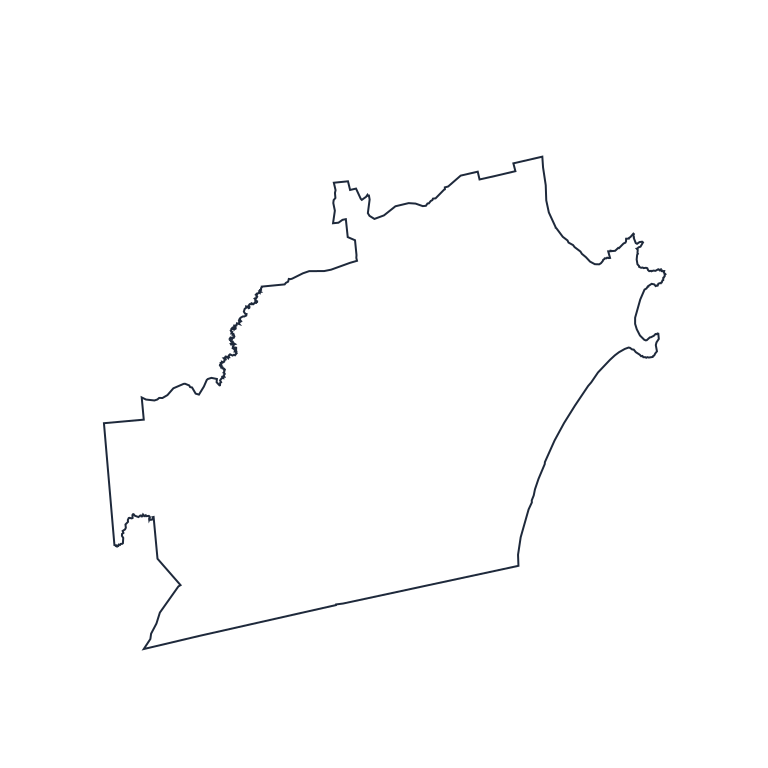 outline of Glenelg, Victoria, Australia, rotated 257°
{"feature_id": "25037944B68247262621131", "entity_name": "Glenelg", "entity_type": "district", "adm_level": 2, "iso_a3": "AUS", "parent_name": "Australia", "parent_adm1": "Victoria", "projection": "mercator", "projection_center": [141.502, -37.891], "detail": "fine", "context": "isolated", "style": "outline", "palette": "slate", "viewbox_px": 768, "rotation_deg": 257, "n_neighbors": 0, "source": "geoboundaries", "source_scale": "gbopen_adm2", "svg_char_len": 6135}
<svg xmlns="http://www.w3.org/2000/svg" viewBox="0 0 768 768"><g transform="rotate(257 384 384)"><path d="M408.8,102.3L287.7,85.1L287.1,86.5L286.4,86.3L285.8,87.1L286.7,87.5L286.0,88.7L287.2,89.5L286.6,90.6L287.4,91.5L287.2,93.1L287.6,93.8L292.7,95.3L295.0,94.5L296.8,95.0L297.5,96.6L299.6,96.3L300.6,99.0L302.0,100.1L305.3,100.5L307.3,103.6L309.1,103.8L310.8,105.1L310.9,105.7L309.8,108.0L310.0,108.9L312.9,109.4L313.6,110.2L313.5,110.7L311.7,111.6L309.6,114.8L310.7,117.0L310.3,118.3L309.5,118.1L309.4,118.9L311.0,119.9L309.2,120.9L309.7,122.3L308.7,122.5L308.4,125.2L307.8,125.6L307.3,124.5L307.4,125.6L306.3,125.8L305.5,124.8L304.5,124.7L304.9,125.0L304.1,126.1L304.1,127.7L305.7,128.8L306.3,128.6L306.3,129.6L264.7,124.0L233.8,140.5L233.0,138.1L211.7,114.2L201.8,108.4L193.1,100.9L188.1,99.0L179.8,90.3L180.1,147.2L179.4,287.5L180.0,287.7L179.3,294.7L176.6,474.1L187.5,476.2L203.9,482.7L229.3,496.7L235.3,501.4L237.4,501.8L241.7,504.8L247.4,507.4L256.8,513.2L269.8,522.6L271.7,523.2L290.6,537.5L305.5,550.7L320.0,565.2L336.2,582.5L338.9,586.2L347.1,595.1L356.7,609.6L360.0,615.4L362.1,620.1L364.0,626.5L364.5,630.5L363.9,631.8L361.9,633.5L361.3,635.1L358.4,636.5L355.0,639.8L353.2,640.8L353.2,642.1L351.8,642.7L351.3,644.7L350.6,645.4L350.9,646.6L350.2,648.0L349.9,651.9L350.7,652.5L351.0,653.7L352.8,655.2L354.4,657.3L360.8,657.6L363.3,658.9L366.1,661.9L371.3,662.6L371.7,661.8L371.2,660.9L371.6,659.8L370.3,657.8L369.5,654.6L369.6,653.5L367.6,649.9L367.6,648.9L368.6,647.5L373.7,644.3L380.5,642.6L386.1,642.2L392.1,643.6L408.7,652.7L417.4,659.1L418.0,661.2L419.2,662.4L419.4,663.3L419.9,663.3L421.4,667.3L420.2,669.8L418.3,670.7L418.6,672.0L418.3,672.2L418.3,672.8L420.0,673.9L420.2,675.4L419.9,676.4L420.4,676.7L420.5,677.5L422.3,678.6L422.4,679.4L424.7,680.0L425.0,680.5L424.7,680.5L426.1,681.9L427.2,681.9L427.7,682.9L429.6,681.7L431.0,682.4L431.5,680.1L432.3,680.1L432.3,679.5L433.1,679.4L433.0,679.0L433.4,679.2L433.3,677.7L434.1,677.0L433.2,674.0L433.9,672.0L433.7,669.9L434.2,669.6L434.3,667.8L435.6,666.9L437.6,666.6L438.3,665.4L438.5,663.1L439.3,662.2L439.4,660.7L440.8,658.9L441.7,659.0L443.6,657.9L448.5,658.2L452.9,659.7L453.8,660.7L454.5,660.4L457.6,661.4L459.0,660.7L459.0,661.4L459.9,662.8L460.1,664.8L463.7,668.2L464.6,667.5L464.8,664.9L463.7,662.1L464.7,661.0L470.3,660.2L470.8,660.6L472.9,660.4L473.8,661.2L474.4,660.8L471.7,657.1L471.3,655.7L470.6,655.3L471.1,652.6L468.5,651.9L467.4,651.0L467.0,649.0L463.5,643.5L463.8,643.1L464.3,643.5L461.8,639.2L462.1,636.7L463.3,633.8L462.2,635.8L462.8,632.3L456.0,632.6L456.1,631.4L456.9,629.8L456.4,628.9L456.8,627.3L456.1,626.7L455.7,625.5L454.6,624.8L452.9,622.6L452.2,620.6L453.3,616.4L456.9,612.3L462.1,609.3L466.3,606.1L468.9,605.2L474.5,600.5L476.8,599.5L480.3,595.6L482.6,595.1L487.2,591.3L497.0,587.0L498.2,585.9L497.7,586.6L514.1,583.2L526.4,583.4L541.3,586.3L559.3,587.7L569.9,589.4L569.9,559.7L561.8,559.9L561.7,539.6L561.8,523.1L569.8,523.1L569.8,505.6L562.0,490.9L561.9,487.5L560.0,487.1L559.8,486.2L553.3,476.0L553.6,473.4L552.3,472.5L551.8,470.7L549.9,468.3L550.1,467.0L548.2,464.9L548.6,461.8L552.7,455.3L554.7,448.7L554.6,435.1L548.3,421.9L547.0,411.8L551.1,407.7L554.1,406.7L567.0,411.5L570.9,411.7L570.9,410.9L572.1,410.5L570.4,408.6L568.4,403.8L569.7,403.0L580.7,400.7L580.7,394.6L589.6,394.5L591.4,380.4L583.7,380.4L581.2,379.2L576.2,378.5L574.5,376.3L571.7,375.3L563.9,375.1L552.1,370.5L551.4,375.9L553.3,380.5L553.2,383.9L535.3,381.7L530.6,388.1L515.8,386.2L513.1,385.4L510.1,385.4L509.7,378.1L507.3,358.2L507.5,351.1L510.8,336.5L510.1,329.9L507.3,318.2L507.2,316.5L507.8,314.9L505.3,313.6L504.6,311.1L503.4,309.6L506.4,286.8L505.7,286.7L505.0,285.7L503.4,285.4L503.5,284.5L503.0,284.5L502.7,283.6L501.4,284.7L501.4,283.6L500.6,283.4L501.3,282.6L500.2,280.8L500.6,280.3L499.8,279.2L499.0,280.0L498.1,279.5L497.5,280.0L495.8,278.3L496.5,277.7L496.3,277.2L495.6,277.7L494.4,277.4L493.1,279.0L492.5,278.8L492.6,278.1L491.8,277.7L492.0,276.7L492.5,276.5L491.1,274.7L491.4,273.5L492.0,273.7L492.5,273.0L491.7,272.1L492.0,271.1L490.6,269.5L489.3,270.3L488.4,269.8L488.3,269.2L489.7,268.4L489.8,267.9L490.2,268.0L490.6,267.1L489.3,266.9L488.6,265.2L486.0,263.7L483.6,264.6L483.1,265.8L481.7,265.2L481.2,262.9L481.6,261.8L480.9,259.3L480.1,258.1L479.3,257.5L479.2,258.3L478.5,258.1L477.3,258.9L476.9,258.0L477.4,256.9L475.6,256.5L475.6,256.1L475.0,256.4L476.2,254.4L474.3,253.4L474.6,251.2L473.9,251.2L473.5,252.2L472.5,251.3L471.9,252.1L471.3,251.9L471.0,250.9L473.3,250.5L473.0,249.2L471.7,249.2L472.5,248.5L472.0,247.7L471.2,247.7L470.6,246.7L468.9,247.1L468.8,247.6L467.7,246.8L467.6,247.7L467.1,247.9L466.1,247.6L466.4,248.6L463.9,248.9L462.9,248.0L463.4,247.4L462.2,246.3L462.7,245.9L462.4,245.4L463.3,245.7L463.8,244.9L463.0,244.1L462.8,244.9L461.4,243.9L460.8,244.6L460.1,244.5L459.7,245.9L459.0,246.2L458.7,245.5L458.0,245.5L457.7,243.7L456.8,244.0L457.2,247.0L456.4,247.8L456.3,246.7L455.7,246.3L455.8,245.8L455.0,245.8L454.5,245.3L453.8,245.7L453.7,245.0L452.9,244.6L452.6,245.0L453.1,245.7L452.1,246.6L452.9,247.4L452.6,248.1L451.3,247.8L451.1,247.1L451.6,246.7L451.1,246.1L450.6,246.5L450.0,246.2L450.3,247.1L450.0,247.4L449.2,247.5L449.0,246.8L448.4,247.2L447.9,246.6L447.1,247.3L445.5,245.3L446.2,244.4L445.8,242.8L447.5,240.7L446.9,240.1L446.9,239.4L446.1,238.8L444.9,239.1L445.0,238.3L444.3,238.0L446.0,236.8L446.4,235.8L446.0,235.4L444.5,236.3L445.1,235.4L444.7,235.0L445.2,234.9L445.2,233.7L443.4,235.0L443.1,233.8L441.8,233.4L441.3,232.4L442.2,231.0L441.0,230.7L441.2,229.7L439.3,229.8L439.7,228.6L439.2,228.3L437.5,228.9L437.3,229.7L436.5,229.3L436.2,230.5L435.4,230.3L434.9,231.6L433.8,232.2L433.4,231.9L434.0,231.4L432.0,231.2L431.1,230.2L430.0,231.1L429.3,230.9L428.5,229.7L426.9,230.1L427.3,228.2L425.9,228.5L426.3,227.4L424.7,225.4L424.2,225.1L422.4,225.7L422.0,224.7L419.7,223.9L419.7,223.4L423.4,221.3L426.5,222.3L428.8,217.2L428.5,213.5L427.8,212.2L422.0,207.9L415.3,201.3L417.0,198.3L423.8,196.2L424.6,194.4L426.4,193.9L429.0,190.2L429.2,188.8L427.2,177.8L421.9,170.5L420.2,165.0L421.0,161.8L419.9,159.7L419.6,156.6L422.4,148.6L425.4,144.9L403.3,141.9L408.8,102.3Z" fill="none" stroke="#1e293b" stroke-width="2"/></g></svg>